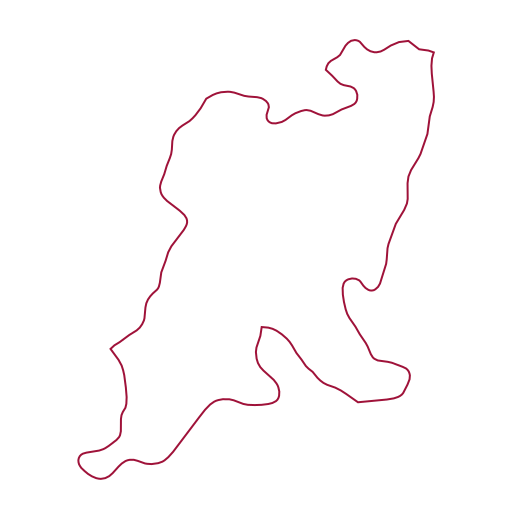 outline of Fantino, Sánchez Ramírez, Dominican Republic, rotated 353°
{"feature_id": "3306468B63590922856333", "entity_name": "Fantino", "entity_type": "district", "adm_level": 2, "iso_a3": "DOM", "parent_name": "Dominican Republic", "parent_adm1": "Sánchez Ramírez", "projection": "albers", "projection_center": [-70.302, 19.098], "detail": "fine", "context": "isolated", "style": "outline", "palette": "rose", "viewbox_px": 512, "rotation_deg": 353, "n_neighbors": 0, "source": "geoboundaries", "source_scale": "gbopen_adm2", "svg_char_len": 3752}
<svg xmlns="http://www.w3.org/2000/svg" viewBox="0 0 512 512"><g transform="rotate(353 256 256)"><path d="M433.5,61.1L424.0,61.1L415.5,63.5L408.3,66.9L404.6,68.2L400.4,68.5L398.3,68.2L394.5,66.7L391.4,64.4L389.0,61.7L385.2,56.1L383.9,55.0L382.2,54.2L380.4,53.7L376.6,54.0L373.3,55.7L370.5,58.1L363.9,66.7L360.9,68.6L354.2,71.4L351.3,73.5L349.3,76.4L348.0,79.7L353.5,86.3L358.2,92.7L360.8,95.4L363.9,97.1L370.5,99.3L373.5,101.3L374.7,102.9L375.5,104.6L376.2,108.4L375.6,112.2L374.9,114.1L373.7,115.8L372.1,117.1L368.6,118.6L358.8,121.0L349.6,124.6L345.5,125.3L341.3,125.1L339.2,124.6L335.2,122.8L327.9,118.5L324.0,117.3L322.2,117.2L318.5,117.6L312.5,119.1L308.7,120.7L301.8,124.6L297.9,126.1L291.9,126.8L288.1,126.2L286.4,125.3L284.9,124.0L283.9,122.3L283.4,120.5L283.7,117.2L286.9,109.9L286.8,107.2L286.4,105.9L284.8,103.4L282.0,100.9L280.4,99.9L276.5,98.5L268.0,96.8L263.8,95.6L254.4,91.2L250.3,89.9L248.0,89.5L241.2,89.2L236.7,89.8L232.7,90.9L225.8,93.8L219.0,102.7L213.0,108.9L209.8,111.6L206.4,114.0L198.8,117.6L195.2,119.7L192.1,122.4L189.5,125.7L188.5,127.5L187.0,131.6L185.4,140.3L184.2,144.5L182.4,148.3L178.4,155.6L174.9,163.6L171.0,170.6L169.5,174.3L169.0,176.5L169.2,180.9L169.7,183.1L170.6,185.1L171.7,187.0L174.5,190.6L185.8,201.7L189.9,206.6L191.6,210.2L191.9,212.3L191.7,214.4L191.0,216.3L190.0,218.0L187.5,221.3L173.2,236.0L169.3,241.6L165.7,249.7L160.0,260.7L157.3,270.9L155.9,274.5L154.9,276.1L153.6,277.4L149.0,280.6L146.1,283.1L143.5,286.0L141.4,289.5L140.0,293.6L137.7,304.2L136.9,306.3L134.7,309.8L131.9,312.9L128.5,315.3L120.7,318.9L110.1,324.9L104.6,327.4L100.3,330.5L106.9,342.3L109.3,348.4L110.2,353.2L110.7,358.2L110.8,370.6L110.4,380.3L109.3,386.9L107.9,390.7L104.8,394.6L103.1,397.6L102.1,401.3L100.5,413.5L99.2,417.3L98.1,419.0L95.1,421.6L86.6,426.6L82.9,428.4L80.9,429.1L76.6,430.0L63.8,430.5L60.1,431.1L58.3,431.9L56.7,433.2L55.5,435.0L54.8,437.0L54.7,439.1L55.0,441.2L55.8,443.2L56.8,445.1L59.6,448.5L62.7,451.8L66.3,454.7L70.3,457.0L72.6,457.8L74.8,458.3L79.3,458.1L83.5,456.6L87.2,454.1L94.0,448.2L97.5,445.6L101.5,443.6L103.6,443.1L105.7,442.9L109.9,443.4L113.6,444.9L120.6,448.4L122.7,449.0L127.0,449.8L133.7,449.7L138.1,448.7L140.3,447.7L144.4,445.0L149.9,440.2L179.7,409.4L186.7,402.4L192.4,397.8L196.7,395.5L198.8,394.8L201.1,394.4L205.6,394.1L212.2,395.0L216.3,396.5L225.4,401.3L229.7,402.7L236.5,403.8L243.4,404.4L250.1,404.4L254.3,403.9L258.1,402.5L259.8,401.2L261.1,399.4L261.9,397.5L262.6,393.4L262.2,389.2L261.7,387.1L260.8,385.0L258.5,381.1L249.4,370.6L246.7,366.8L244.9,362.5L244.1,358.0L244.2,351.3L245.3,346.9L250.6,335.8L253.0,327.2L259.5,328.6L263.6,330.3L267.2,332.6L272.1,336.9L276.5,341.8L278.9,345.3L280.9,349.2L284.3,357.2L288.5,364.3L292.1,371.3L294.4,374.2L298.1,377.9L302.1,384.3L304.6,387.4L307.5,390.2L310.9,392.5L318.6,396.3L323.8,399.8L328.8,404.0L339.4,413.6L368.4,414.4L375.5,414.1L379.9,413.2L382.0,412.4L383.9,411.3L385.4,409.9L390.7,402.1L393.4,397.1L394.2,393.2L394.0,391.2L393.5,389.2L392.5,387.4L391.2,385.9L388.1,383.9L377.8,378.5L373.9,377.1L364.1,374.5L360.9,372.4L359.6,370.9L358.0,367.4L355.8,359.5L354.3,355.7L349.5,346.4L346.1,338.3L341.2,329.0L339.5,324.6L338.5,319.8L337.7,312.3L337.5,305.0L338.1,298.2L339.6,294.1L341.0,292.3L342.8,291.1L344.7,290.4L348.6,290.0L352.3,290.8L355.4,292.7L356.5,294.1L358.9,298.5L360.8,301.1L363.4,303.3L365.0,304.1L366.8,304.4L368.7,304.3L370.4,303.6L373.4,301.5L375.7,298.5L384.2,279.7L385.3,275.4L387.5,264.3L389.0,260.2L398.7,241.1L408.7,228.3L412.2,222.3L413.5,217.9L415.3,202.2L417.0,195.7L420.4,189.6L429.1,178.7L431.7,174.8L441.0,155.8L445.5,138.6L449.5,129.6L451.1,124.8L452.0,119.8L452.3,114.7L452.7,96.4L453.3,88.6L454.8,81.3L457.3,75.6L452.2,73.1L443.1,70.7L433.5,61.1Z" fill="none" stroke="#9f1239" stroke-width="2"/></g></svg>